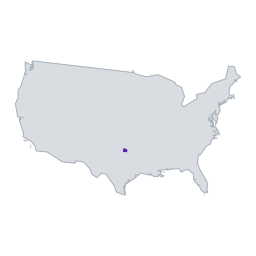 Carter, Oklahoma, United States of America (highlighted)
{"feature_id": "52423323B10262331095216", "entity_name": "Carter", "entity_type": "district", "adm_level": 2, "iso_a3": "USA", "parent_name": "United States of America", "parent_adm1": "Oklahoma", "projection": "albers", "projection_center": [-97.204, 34.289], "detail": "fine", "context": "in_parent", "style": "filled", "palette": "violet", "viewbox_px": 256, "rotation_deg": 0, "n_neighbors": 0, "source": "geoboundaries", "source_scale": "gbopen_adm2", "svg_char_len": 3831}
<svg xmlns="http://www.w3.org/2000/svg" viewBox="0 0 256 256"><path d="M211.6,83.7L225.6,78.8L228.5,66.2L234.2,66.6L236.3,73.4L240.6,77.0L235.7,80.2L235.7,81.5L234.4,80.2L233.8,83.3L230.0,86.4L228.9,94.0L232.1,96.3L233.6,95.5L232.9,94.3L233.5,94.8L234.0,96.2L229.5,98.4L228.3,97.1L228.3,99.4L222.9,101.2L219.4,105.0L219.5,103.3L218.8,102.4L218.5,106.4L219.8,106.8L220.1,110.1L218.2,114.8L214.7,112.9L215.9,109.9L214.2,112.2L215.6,114.9L217.2,116.2L217.9,118.0L215.6,125.5L215.8,121.0L212.2,117.7L213.2,113.1L210.7,115.0L212.9,120.9L209.8,119.6L208.9,120.0L209.3,117.9L209.2,117.3L208.5,119.0L208.7,120.3L213.4,121.9L212.7,123.2L210.4,121.4L209.6,121.2L212.5,123.3L213.6,123.6L213.3,125.3L211.8,124.3L214.2,126.3L213.8,126.7L212.6,125.7L209.9,125.7L213.6,127.3L215.6,126.8L218.8,132.1L216.1,128.1L217.2,130.8L213.2,131.0L216.6,133.2L217.8,132.2L216.6,135.1L212.7,134.9L215.2,135.8L213.5,137.5L216.0,138.0L211.9,139.4L210.5,144.0L206.7,145.9L200.3,154.8L199.2,154.1L197.4,161.6L197.4,163.3L199.4,168.5L207.6,183.2L206.9,191.8L204.0,192.8L200.4,188.8L199.2,185.2L194.4,181.6L195.6,179.4L193.5,179.8L193.7,174.2L188.1,169.4L180.7,171.6L179.0,168.6L171.6,169.1L172.5,167.8L171.3,169.1L168.0,170.0L167.7,167.6L167.3,169.3L157.2,170.6L161.6,171.5L160.3,173.9L163.8,175.9L162.2,177.2L158.3,174.5L158.2,176.8L153.1,176.2L150.1,173.4L148.5,175.0L141.1,173.0L136.9,176.3L137.9,175.4L135.6,174.6L134.5,178.6L130.0,181.2L131.1,180.4L128.1,180.0L129.1,181.4L125.7,183.1L124.3,187.4L122.7,186.7L124.1,187.9L124.3,191.9L125.7,194.3L124.7,195.1L116.2,192.0L114.4,186.1L106.0,174.1L101.5,173.3L97.0,177.7L91.9,174.3L89.9,168.7L83.4,161.8L75.4,161.0L75.1,163.3L62.3,161.8L46.9,151.9L36.1,150.9L35.4,146.6L31.7,141.8L23.1,136.8L23.7,134.0L19.1,119.5L19.6,118.3L20.7,120.3L20.4,117.3L23.7,117.9L17.6,116.7L15.4,103.6L18.0,97.7L18.1,90.3L20.8,86.2L24.9,73.6L27.6,74.7L24.7,73.2L26.4,70.0L25.3,69.8L25.2,62.1L31.8,65.1L29.5,68.6L32.4,66.5L31.4,69.6L29.6,69.9L30.8,70.4L32.4,69.4L33.6,66.3L32.9,60.9L132.9,72.5L132.9,70.6L134.9,73.7L146.5,76.8L158.0,74.7L174.7,82.1L175.6,84.4L181.5,87.4L184.5,96.4L181.6,104.5L183.8,106.7L197.2,98.4L196.1,95.1L197.3,94.3L205.0,92.5L211.6,83.7ZM224.9,102.4L227.2,101.4L219.3,105.6L225.6,101.3L224.9,102.4ZM32.7,64.0L33.1,66.3L32.9,66.6L32.0,64.7L32.7,64.0ZM125.6,193.6L124.5,190.1L124.6,188.1L124.7,190.2L125.6,193.6ZM236.3,80.3L236.6,81.4L236.1,81.2L236.3,80.3ZM150.3,174.4L150.5,175.2L149.7,174.6L150.3,174.4ZM26.0,140.9L27.1,140.7L27.1,140.8L26.0,140.9ZM24.9,140.3L24.3,140.8L24.1,140.2L24.9,140.3ZM231.7,98.0L231.3,98.9L231.0,98.8L231.7,98.0ZM125.2,186.3L124.6,187.9L126.1,184.8L125.2,186.3ZM205.1,178.3L206.7,181.2L204.9,178.1L205.1,178.3ZM30.8,144.6L31.1,145.6L30.8,144.7L30.8,144.6ZM207.5,192.2L206.7,193.3L207.9,191.0L207.5,192.2ZM219.5,134.0L218.8,135.3L219.0,132.3L219.5,134.0ZM32.1,62.2L32.0,62.8L31.7,62.4L32.1,62.2ZM129.2,182.0L127.6,182.7L129.2,181.8L129.2,182.0ZM234.1,97.7L234.2,98.5L233.5,98.5L234.1,97.7ZM30.3,146.9L30.5,148.0L30.2,147.0L30.3,146.9ZM127.2,183.4L126.5,183.8L127.1,183.1L127.2,183.4ZM217.7,119.4L217.1,121.2L217.8,118.7L217.7,119.4ZM136.4,177.0L135.3,177.7L136.8,176.6L136.4,177.0ZM197.7,162.4L197.7,163.7L197.4,162.8L197.7,162.4ZM216.4,138.1L216.1,138.5L216.9,137.3L216.4,138.1ZM183.4,171.0L182.2,171.9L181.7,171.8L183.4,171.0ZM167.5,169.8L167.3,170.1L166.6,170.1L167.5,169.8ZM197.9,185.5L198.2,186.4L197.6,185.4L197.9,185.5ZM164.4,171.9L164.3,172.8L164.1,171.3L164.4,171.9ZM204.9,194.8L204.2,195.0L205.1,194.6L204.9,194.8ZM220.1,110.7L219.8,111.6L220.1,110.3L220.1,110.7ZM218.1,135.8L217.7,136.1L218.1,135.8Z" fill="#d9dde1" stroke="#a8b0b8" stroke-width="1"/><path d="M126.6,150.0L126.2,150.0L126.2,149.9L124.8,149.8L124.8,149.1L123.9,149.1L123.9,149.5L123.8,150.2L123.8,150.9L123.8,151.3L126.5,151.4L126.5,150.9L126.6,150.0Z" fill="#8b5cf6" stroke="#5b21b6" stroke-width="1.5"/></svg>